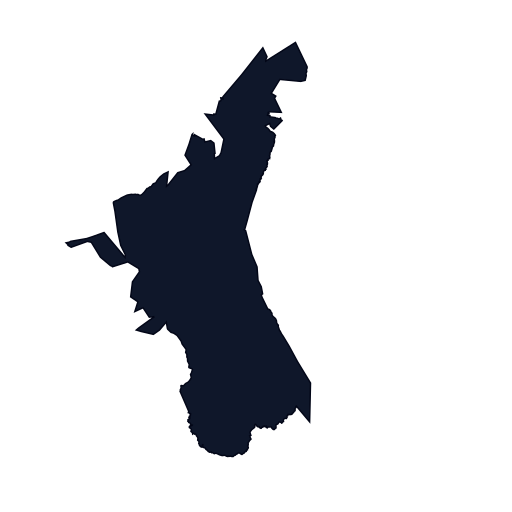 the district of Súchil, Durango, Mexico, rotated 325°
{"feature_id": "50627088B52283797196470", "entity_name": "Súchil", "entity_type": "district", "adm_level": 2, "iso_a3": "MEX", "parent_name": "Mexico", "parent_adm1": "Durango", "projection": "orthographic", "projection_center": [-104.169, 23.415], "detail": "fine", "context": "isolated", "style": "filled", "palette": "ink", "viewbox_px": 512, "rotation_deg": 325, "n_neighbors": 0, "source": "geoboundaries", "source_scale": "gbopen_adm2", "svg_char_len": 6156}
<svg xmlns="http://www.w3.org/2000/svg" viewBox="0 0 512 512"><g transform="rotate(325 256 256)"><path d="M232.2,136.7L227.5,135.9L222.9,136.2L220.1,136.9L217.5,137.8L216.2,138.5L215.5,138.5L213.2,137.9L209.8,139.1L208.7,138.5L206.4,138.6L205.4,138.2L201.1,139.6L197.8,140.2L196.6,140.1L195.6,139.7L194.6,137.8L193.4,137.2L192.7,136.3L190.4,135.0L189.3,134.0L185.4,132.2L178.9,131.1L174.9,131.1L174.3,130.7L171.5,130.1L170.7,130.0L170.2,130.1L169.6,130.7L166.1,138.5L156.6,157.1L151.3,169.7L149.7,180.1L147.9,182.1L145.0,149.6L133.2,146.4L127.3,144.6L112.6,137.7L111.1,137.6L108.0,136.3L108.4,138.4L108.6,138.4L108.7,137.6L109.3,137.7L109.3,138.8L108.4,138.9L108.1,139.4L109.6,142.8L126.2,147.3L129.0,150.3L127.9,167.8L131.3,180.4L132.0,181.3L132.3,182.5L147.6,187.3L152.8,199.1L151.5,202.1L140.0,206.3L129.9,217.6L133.0,225.8L124.9,232.0L133.8,233.6L133.5,244.9L138.2,247.4L118.6,247.7L115.5,248.0L118.6,251.9L127.0,261.3L134.4,261.3L144.7,258.6L141.9,264.4L141.7,265.3L142.6,269.8L144.3,272.0L145.8,275.8L145.9,282.7L145.0,285.8L145.2,292.3L144.7,293.1L143.1,294.6L142.9,297.1L141.4,299.1L141.2,300.6L139.7,302.8L139.1,306.6L137.3,308.4L137.1,308.9L137.2,309.3L138.9,311.6L138.9,312.5L135.8,314.9L134.5,315.4L133.3,318.4L132.6,318.9L130.2,319.9L128.7,320.3L127.8,320.4L125.1,320.1L122.4,320.7L121.8,320.6L120.8,319.4L120.3,319.2L119.9,319.4L119.6,320.3L118.8,321.3L117.1,322.3L116.8,323.1L116.2,323.3L111.9,344.2L111.5,345.0L110.7,345.5L111.4,346.4L111.3,347.2L111.9,347.4L112.0,347.6L110.6,349.2L110.3,349.4L109.7,349.0L108.4,349.9L109.0,350.7L108.4,351.2L106.3,351.1L105.9,351.9L105.4,352.2L105.4,352.5L105.7,352.9L105.4,353.8L106.1,354.7L106.2,357.0L106.9,358.0L106.6,358.2L105.8,358.0L105.2,357.0L104.9,357.0L104.4,357.7L103.3,357.7L103.0,358.4L103.7,360.1L103.6,361.0L102.1,362.4L102.6,364.3L102.0,365.5L102.7,365.5L103.4,365.8L103.5,366.7L104.3,367.1L104.5,367.5L104.1,369.1L104.2,370.9L103.9,372.0L102.6,373.4L102.9,375.5L101.6,376.7L101.7,377.4L101.2,378.1L101.2,380.0L101.6,381.1L102.1,381.5L103.6,380.1L104.0,379.9L104.2,380.1L103.3,381.1L103.0,382.3L103.2,382.8L103.9,383.6L104.2,384.4L104.1,385.6L104.8,387.8L104.7,388.6L105.5,390.2L107.1,391.1L106.9,391.8L108.0,392.6L108.4,394.0L109.6,394.3L110.5,395.1L112.2,398.1L113.8,400.1L116.1,401.3L117.1,403.2L117.9,403.9L118.0,404.2L118.9,404.3L119.5,405.0L120.1,405.1L121.2,406.4L122.2,407.1L124.1,406.9L124.9,407.3L125.7,407.0L127.0,407.3L127.9,407.1L128.8,407.4L129.5,407.9L130.3,410.1L130.7,410.5L132.2,410.4L133.4,410.6L134.0,410.1L135.8,410.4L136.0,410.4L136.3,409.6L136.7,409.5L137.7,409.9L138.1,409.3L139.2,409.0L139.7,408.6L140.0,408.2L140.0,407.2L140.3,407.1L140.5,406.5L141.2,406.4L142.5,404.4L142.9,404.2L143.7,404.1L144.4,403.6L146.9,403.1L147.2,400.8L147.8,400.2L147.8,399.7L148.9,400.0L149.8,397.2L150.5,396.6L152.9,395.8L156.4,395.6L157.2,395.1L157.7,393.9L158.9,393.4L159.3,394.0L159.1,395.3L159.5,396.8L159.8,397.3L160.8,397.7L160.5,398.7L161.2,400.0L161.6,400.1L162.2,399.7L163.4,400.1L163.8,399.6L164.4,400.0L165.3,399.8L165.6,400.1L165.5,401.0L166.9,401.2L167.0,401.3L166.1,402.4L166.7,403.3L167.5,403.0L168.0,403.1L170.5,404.8L170.2,405.7L170.5,407.6L170.8,408.2L171.3,408.2L171.7,408.7L172.7,408.2L173.5,408.4L173.9,408.2L174.3,407.3L174.9,406.8L175.1,406.1L175.9,405.7L177.5,406.1L179.1,405.4L180.1,405.3L181.1,406.8L181.1,407.6L181.4,407.7L182.7,407.2L183.6,407.4L184.2,406.1L185.7,405.4L186.9,405.8L187.7,406.5L189.0,405.9L189.3,404.9L189.7,404.8L190.5,405.0L191.2,404.1L192.3,404.8L192.6,405.3L194.2,406.1L194.8,406.2L195.7,405.7L196.8,405.8L198.1,405.1L198.9,405.2L199.7,404.7L200.4,403.2L201.6,403.1L202.1,402.8L202.3,402.1L203.0,402.1L204.8,422.6L227.8,391.3L229.4,366.3L231.4,348.9L232.2,337.2L232.2,334.6L232.7,331.2L232.6,330.5L232.7,329.7L232.9,329.4L233.7,326.6L234.6,325.5L234.4,323.8L234.8,321.9L235.5,321.1L236.0,319.0L235.8,317.1L235.4,316.0L235.2,314.6L235.3,313.4L236.0,312.5L236.3,311.3L236.1,310.5L236.5,309.2L236.4,308.0L235.9,306.9L235.2,306.3L237.3,293.1L238.1,290.8L239.7,290.8L242.7,284.1L243.6,277.2L250.6,265.5L253.4,252.3L262.0,229.4L261.4,227.8L261.9,227.8L268.9,222.1L283.6,209.7L294.5,202.0L294.5,201.2L295.3,201.1L295.7,200.8L295.7,200.5L296.2,200.4L297.1,199.7L297.8,198.7L298.4,198.7L298.5,198.0L299.1,198.2L299.8,197.9L300.1,197.9L301.0,197.1L301.3,197.6L301.8,197.5L301.7,197.2L301.9,196.8L302.3,196.8L303.1,195.8L303.9,195.8L303.9,195.2L304.8,195.4L305.0,195.3L305.0,194.5L305.7,194.2L305.8,193.6L306.2,193.8L306.8,193.4L307.5,193.5L308.3,193.3L308.5,192.5L308.8,192.5L308.9,192.9L309.2,192.8L309.6,191.8L309.9,191.5L310.4,191.5L311.2,190.7L311.7,190.6L312.7,191.1L313.5,190.2L313.9,190.5L314.2,189.7L316.4,189.1L317.0,187.9L317.6,187.7L317.7,187.0L318.3,187.0L319.0,185.9L319.4,184.8L319.2,184.5L319.5,184.2L320.8,184.5L321.0,184.2L320.9,183.9L322.0,183.6L323.0,184.1L323.3,183.6L323.9,183.2L324.2,182.4L325.0,181.4L324.9,181.2L326.1,180.5L326.1,179.9L326.9,179.2L328.5,179.0L331.0,177.0L331.7,176.2L333.4,175.9L334.5,174.7L336.3,173.4L337.0,172.5L336.8,172.3L337.3,172.0L338.2,170.4L339.2,170.0L339.9,169.4L339.8,168.9L340.2,168.6L341.1,168.3L341.1,166.4L340.7,164.5L340.0,163.1L339.2,162.4L339.1,159.8L338.8,157.8L338.3,157.0L338.1,155.8L338.1,155.1L338.3,154.6L343.2,155.3L342.3,158.1L343.4,162.2L355.1,160.1L355.1,159.8L354.5,159.3L355.2,157.1L353.7,157.1L353.1,156.5L352.8,155.7L351.8,155.0L351.1,153.6L347.2,150.0L347.9,149.0L346.1,147.3L347.1,146.5L348.3,146.9L348.4,145.4L350.3,146.0L359.1,152.8L361.6,137.4L363.9,136.4L361.8,131.5L376.8,125.0L392.8,138.6L397.0,140.3L400.6,137.1L401.7,135.0L403.3,134.1L404.2,132.3L405.7,131.3L406.4,130.3L410.8,103.7L375.7,102.0L376.4,100.9L379.3,99.1L381.0,89.4L348.3,99.3L320.4,106.6L319.0,107.4L319.6,109.0L318.6,108.1L318.2,106.4L317.9,106.2L317.1,108.0L315.9,108.7L314.8,108.1L304.4,116.8L302.9,115.5L302.2,116.3L295.8,110.6L296.8,141.8L286.6,151.4L283.6,152.9L277.9,152.5L280.6,148.2L281.3,148.4L286.3,139.4L285.1,135.5L279.5,133.3L280.6,130.3L279.4,130.0L275.3,121.6L274.7,122.6L274.1,122.2L273.6,120.1L274.0,119.7L273.3,119.8L265.2,126.1L255.7,132.7L255.2,144.1L246.5,145.1L239.7,142.9L224.4,147.5L222.7,147.6L232.2,136.7Z" fill="#0f172a" stroke="#020617" stroke-width="1.5"/></g></svg>